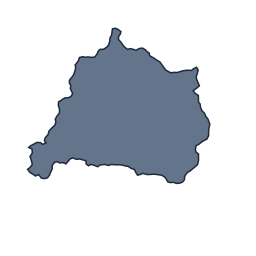 outline of Itaverava, Minas Gerais, Brazil, rotated 118°
{"feature_id": "56859067B81013948598468", "entity_name": "Itaverava", "entity_type": "district", "adm_level": 2, "iso_a3": "BRA", "parent_name": "Brazil", "parent_adm1": "Minas Gerais", "projection": "orthographic", "projection_center": [-43.608, -20.678], "detail": "fine", "context": "isolated", "style": "filled", "palette": "slate", "viewbox_px": 256, "rotation_deg": 118, "n_neighbors": 0, "source": "geoboundaries", "source_scale": "gbopen_adm2", "svg_char_len": 2407}
<svg xmlns="http://www.w3.org/2000/svg" viewBox="0 0 256 256"><g transform="rotate(118 128 128)"><path d="M156.9,67.6L156.2,64.7L154.6,62.5L154.2,59.2L152.5,56.6L150.3,54.5L147.1,53.9L144.5,55.1L142.0,55.2L139.3,54.6L136.8,53.0L134.2,52.0L131.5,50.8L127.8,49.4L123.5,50.5L120.2,52.3L117.9,53.5L117.3,56.8L115.2,58.4L111.7,59.6L108.9,57.7L106.0,56.5L103.6,55.2L101.0,53.2L96.9,53.2L93.4,55.1L90.1,56.5L86.3,57.5L83.9,60.1L82.4,61.9L81.2,64.8L79.1,67.4L78.0,70.9L75.6,73.8L73.0,75.5L71.9,78.0L69.3,79.4L66.2,81.2L65.9,85.0L64.4,88.0L60.9,86.2L57.2,84.8L54.9,87.7L52.8,90.2L50.8,91.8L47.0,92.5L44.0,93.2L42.2,95.9L44.8,97.9L47.4,99.0L48.9,102.4L51.3,105.9L53.4,108.1L55.8,110.5L57.6,114.0L59.2,116.1L59.2,118.8L59.1,121.8L57.8,124.6L56.3,127.7L54.8,130.5L54.5,134.4L54.1,138.8L54.0,142.9L51.8,144.5L51.7,146.9L50.8,149.4L50.6,152.7L52.6,155.5L55.6,157.4L56.2,161.0L56.9,163.4L58.8,165.3L58.0,169.7L56.8,172.2L55.5,174.6L54.3,178.0L51.4,179.3L48.9,178.9L46.2,179.5L45.7,182.7L45.7,185.7L47.7,188.3L51.7,186.8L54.1,186.1L57.2,186.1L59.8,184.9L63.7,184.1L66.6,184.7L69.9,186.5L71.7,189.6L74.1,190.4L77.2,190.1L80.9,190.6L82.9,193.6L84.0,196.7L85.7,199.0L86.2,201.4L88.7,204.0L91.4,203.4L94.0,203.6L97.2,204.3L99.2,202.5L102.2,201.7L105.2,201.2L108.1,201.1L110.7,201.7L113.4,202.1L115.9,200.8L117.3,198.5L120.3,197.4L122.0,195.1L123.8,192.9L127.2,193.3L129.4,195.1L130.8,197.6L133.1,199.2L135.3,200.1L137.5,201.6L140.8,200.1L143.7,197.2L146.9,195.6L151.3,196.4L154.5,196.3L156.5,194.5L159.9,193.9L163.9,195.3L167.4,196.3L171.6,195.5L175.1,196.5L178.4,195.9L179.6,193.4L182.5,195.6L182.0,198.3L183.4,201.6L186.5,203.7L189.4,205.6L191.8,206.6L191.7,202.7L195.0,200.8L199.3,201.1L201.0,199.0L203.0,197.3L205.0,195.4L209.0,196.0L211.6,197.3L213.3,193.7L213.4,190.6L213.8,187.2L211.1,184.9L212.9,181.1L211.9,177.9L209.8,175.7L206.4,175.2L202.8,175.6L199.9,175.7L196.5,177.3L192.9,176.8L190.9,174.6L191.0,172.0L189.1,169.3L188.8,165.9L185.3,165.2L182.7,164.7L180.3,162.8L179.9,158.8L178.0,156.1L177.3,152.6L176.7,149.7L179.4,148.1L179.9,145.2L177.5,143.6L176.8,140.2L176.4,136.5L173.8,135.3L172.3,133.2L171.0,131.2L170.3,127.8L168.0,125.5L166.4,121.9L164.5,118.3L163.3,115.2L162.8,112.6L161.8,109.8L162.2,106.0L161.6,102.7L163.4,100.5L165.2,97.4L163.1,95.2L161.1,93.6L160.2,89.4L158.5,86.4L156.5,83.3L155.1,79.5L153.9,76.3L154.0,72.7L155.3,70.0L156.9,67.6Z" fill="#64748b" stroke="#1e293b" stroke-width="1.5"/></g></svg>